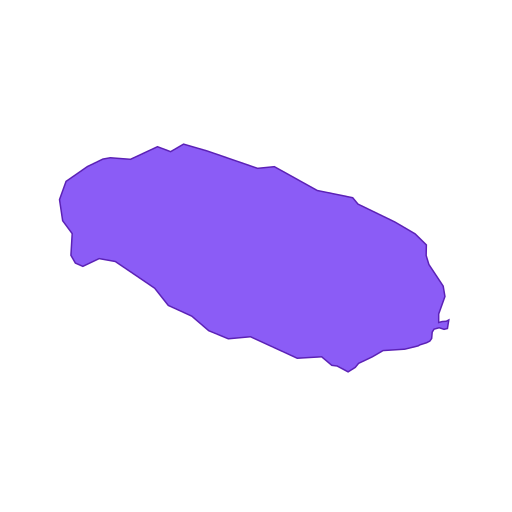 the border of Jeju, rotated 35°
{"feature_id": "KOR-2510", "entity_name": "Jeju", "entity_type": "Province", "adm_level": 1, "iso_a3": "KOR", "parent_name": "South Korea", "parent_adm1": "", "projection": "robinson", "projection_center": [126.648, 33.381], "detail": "fine", "context": "isolated", "style": "filled", "palette": "violet", "viewbox_px": 512, "rotation_deg": 35, "n_neighbors": 0, "source": "natural_earth", "source_scale": "10m", "svg_char_len": 894}
<svg xmlns="http://www.w3.org/2000/svg" viewBox="0 0 512 512"><g transform="rotate(35 256 256)"><path d="M450.6,197.8L454.4,205.6L452.1,208.2L447.2,209.7L443.8,213.8L444.0,217.3L447.2,222.8L447.2,226.0L445.5,229.2L441.2,234.8L440.4,236.6L431.3,247.0L414.3,260.6L409.1,271.9L401.6,285.1L401.2,290.3L397.9,298.1L385.5,299.6L380.8,302.1L367.6,300.9L348.4,316.1L297.8,325.3L280.8,339.7L260.1,344.3L237.9,342.1L212.5,346.8L191.5,340.5L143.9,341.2L129.0,348.1L120.1,363.8L112.1,365.4L104.0,361.6L92.6,343.1L77.4,338.0L62.7,322.5L57.6,303.8L66.6,279.4L75.0,264.4L80.3,259.1L97.7,248.8L112.6,223.0L126.2,219.5L132.5,205.9L156.0,197.9L207.0,183.3L219.8,172.3L268.6,167.2L301.8,152.8L309.8,155.0L350.2,148.5L373.7,146.6L389.2,149.2L395.1,158.0L402.5,163.8L426.6,173.3L434.0,180.8L438.9,198.7L443.8,205.7L446.1,202.9L449.3,200.3L450.6,197.8Z" fill="#8b5cf6" stroke="#5b21b6" stroke-width="1.5"/></g></svg>